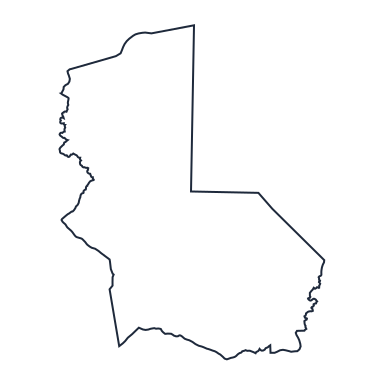 Evinayong, Centro Sur, Equatorial Guinea, rotated 91°
{"feature_id": "11065452B18175278434840", "entity_name": "Evinayong", "entity_type": "district", "adm_level": 2, "iso_a3": "GNQ", "parent_name": "Equatorial Guinea", "parent_adm1": "Centro Sur", "projection": "robinson", "projection_center": [10.451, 1.358], "detail": "fine", "context": "isolated", "style": "outline", "palette": "slate", "viewbox_px": 384, "rotation_deg": 91, "n_neighbors": 0, "source": "geoboundaries", "source_scale": "gbopen_adm2", "svg_char_len": 6022}
<svg xmlns="http://www.w3.org/2000/svg" viewBox="0 0 384 384"><g transform="rotate(91 192 192)"><path d="M257.8,58.6L207.4,111.4L191.7,125.6L191.5,193.0L25.3,192.9L34.1,235.3L33.4,241.6L33.7,244.5L34.4,248.2L35.4,251.3L36.8,253.6L39.8,257.4L42.3,259.9L45.3,262.0L48.3,263.4L51.6,264.6L54.6,265.8L57.5,270.5L70.9,314.3L71.5,316.5L73.4,318.6L75.8,318.0L77.3,317.3L81.0,316.1L83.7,316.5L86.0,317.9L87.4,320.4L89.2,322.1L91.6,322.3L95.6,324.3L95.7,324.7L96.9,323.1L99.3,318.4L100.1,317.2L100.3,317.1L100.9,317.0L104.0,317.6L104.9,317.7L105.8,317.6L107.1,317.2L107.3,317.3L108.3,317.9L109.3,318.2L110.2,318.3L110.5,318.2L111.1,317.9L111.6,317.8L112.5,318.4L113.9,318.8L114.0,319.0L113.7,319.9L113.7,320.4L113.9,320.9L114.3,321.5L114.8,321.7L114.9,322.2L115.0,322.5L115.5,323.0L115.9,323.3L116.3,323.2L116.8,323.1L118.0,322.6L119.1,322.0L120.4,321.6L120.0,322.4L119.9,322.8L119.8,323.2L119.9,323.7L120.2,324.3L120.4,324.6L120.9,324.8L121.6,325.0L122.1,324.9L122.4,324.7L122.8,324.4L123.2,324.7L124.2,325.0L124.6,325.0L124.9,324.9L125.3,324.7L125.6,324.3L125.7,324.0L125.8,323.5L125.7,322.4L125.5,321.4L126.3,321.4L126.5,321.3L127.0,320.8L127.2,320.5L127.2,320.1L127.7,320.4L128.1,320.4L128.8,320.3L129.7,319.9L129.9,319.9L130.5,320.3L131.0,320.5L132.0,320.6L132.7,320.5L133.8,320.3L134.0,321.3L134.2,321.6L135.2,322.7L135.0,323.4L135.0,323.9L135.2,324.4L135.8,325.0L136.2,325.2L136.7,325.4L137.2,325.2L137.9,324.7L138.1,324.5L138.8,323.4L139.9,322.1L140.1,321.8L140.2,321.3L140.2,320.9L140.1,320.4L141.5,319.0L141.8,318.5L142.2,317.6L142.3,317.2L142.7,317.7L143.5,318.7L144.0,319.1L144.3,319.4L144.4,319.9L144.7,320.5L145.1,320.7L145.6,320.9L146.1,320.9L146.7,321.0L147.7,322.2L149.7,324.2L150.7,324.9L151.3,325.2L151.7,325.2L152.5,324.9L154.5,324.6L154.9,324.4L155.4,323.9L155.7,323.2L155.8,322.6L156.1,321.6L156.8,320.4L157.2,320.0L157.6,319.4L157.7,318.9L157.7,318.4L157.6,318.0L157.3,317.6L156.9,317.3L157.5,317.5L158.0,317.5L158.4,317.3L158.7,317.0L158.9,316.7L159.1,316.2L159.0,315.6L158.9,315.4L158.6,315.0L156.7,313.8L156.8,313.1L156.5,312.4L156.0,311.8L155.6,311.4L156.3,310.2L157.3,308.1L157.6,307.7L158.9,306.8L159.2,306.5L159.6,305.8L159.7,305.4L159.7,304.4L160.6,304.6L161.4,304.5L161.8,304.2L162.4,303.5L163.1,304.2L164.0,304.6L165.3,304.5L165.8,304.4L166.4,304.2L166.7,304.0L167.0,303.7L167.7,302.5L168.4,302.2L168.6,302.0L168.9,301.6L169.1,301.3L169.3,300.6L169.1,300.0L169.2,299.7L169.6,298.9L169.7,297.9L169.6,296.8L169.7,296.6L170.0,296.2L170.3,296.4L170.7,296.5L171.0,296.5L171.6,296.3L171.9,296.6L172.2,296.8L172.9,297.1L173.5,297.1L174.3,296.8L174.6,296.5L175.0,296.0L175.2,295.7L175.6,294.6L175.6,294.1L176.1,293.9L176.7,293.8L177.0,293.6L177.4,293.4L178.1,293.2L178.5,293.0L178.9,292.4L179.0,291.8L179.0,291.4L180.0,291.4L180.4,291.3L181.0,290.9L181.3,290.5L181.8,290.6L182.2,292.1L182.9,293.7L183.2,294.1L184.8,295.3L185.8,295.8L186.7,296.5L187.1,296.7L187.7,296.8L187.9,297.4L188.3,297.7L188.9,298.0L189.3,298.1L190.7,298.1L191.4,298.3L191.6,299.0L191.9,299.5L192.9,300.4L193.3,300.5L194.6,300.4L194.9,300.6L195.4,302.1L195.7,302.5L197.1,303.3L198.3,303.5L199.3,303.6L200.6,304.2L202.9,304.8L204.8,305.1L206.7,306.0L207.6,306.8L208.4,307.7L208.8,307.9L209.8,308.2L211.0,308.9L212.1,309.6L213.2,310.6L213.6,311.1L213.6,311.7L213.8,312.2L215.6,314.5L216.4,315.9L218.1,317.9L221.2,321.4L222.0,321.9L222.4,321.9L224.0,320.9L225.0,319.9L225.8,318.9L226.7,317.9L228.8,316.6L229.7,315.9L232.8,312.2L234.1,311.0L237.3,308.6L238.5,307.5L239.1,306.5L239.2,306.2L239.9,303.7L240.2,302.5L240.6,301.4L241.3,300.5L244.0,297.8L245.5,296.7L246.6,295.7L248.3,293.4L249.5,291.3L250.4,287.9L252.6,284.4L254.8,281.7L260.9,273.2L263.0,272.8L270.5,271.8L275.1,269.9L275.9,268.9L278.5,269.9L283.5,269.9L287.0,269.8L290.7,272.7L347.4,262.1L344.5,258.5L342.2,256.2L338.8,253.6L335.2,249.4L328.6,242.8L330.3,238.7L330.7,236.2L330.7,235.9L330.3,233.3L329.5,231.1L329.1,229.1L328.8,227.3L329.3,225.7L329.3,225.3L329.1,223.7L329.1,222.9L329.4,221.2L329.6,220.7L331.2,219.9L332.6,218.6L334.2,216.6L334.3,216.3L334.0,213.7L334.1,210.4L335.0,208.8L335.9,207.6L336.6,205.4L336.5,203.6L335.8,202.6L335.5,201.7L335.7,200.9L336.4,199.7L338.8,196.8L339.6,194.7L340.3,192.1L341.9,188.9L344.0,185.9L345.6,182.6L346.3,179.7L347.0,177.7L348.4,174.4L348.7,173.0L349.4,170.8L350.2,168.6L350.8,166.5L351.7,164.7L353.2,162.5L354.0,160.9L356.4,158.1L358.0,156.5L358.7,154.2L358.0,152.3L357.2,150.3L356.8,148.4L356.2,146.5L355.2,145.0L353.5,143.4L352.2,141.6L351.9,140.4L351.3,139.6L350.4,139.0L349.7,136.6L349.2,135.7L349.8,134.1L349.7,131.4L351.1,127.6L352.1,125.6L351.0,125.1L350.5,124.2L349.9,123.1L349.7,122.9L348.9,122.3L347.9,121.8L347.7,121.7L348.4,121.1L348.9,120.5L349.3,119.8L349.4,119.4L349.3,118.3L349.1,117.8L348.4,116.6L348.0,116.3L347.1,115.8L346.8,115.5L346.4,114.5L346.0,113.6L345.8,113.3L344.9,112.5L343.9,111.1L351.4,110.7L351.3,106.5L350.3,104.2L348.7,101.2L348.2,98.3L348.6,95.7L349.5,91.8L350.0,90.1L349.5,86.6L349.3,83.9L347.4,81.8L344.5,80.7L341.9,81.1L338.3,82.2L335.8,83.4L333.2,85.0L331.0,85.8L329.0,84.6L328.7,77.2L328.1,76.9L327.3,75.9L326.9,75.3L324.9,76.3L323.9,76.1L322.8,76.8L321.7,77.1L319.1,77.4L318.1,76.2L317.5,75.1L316.5,74.9L315.7,76.9L314.3,77.4L313.6,76.3L312.1,75.9L311.4,75.9L310.6,74.9L310.0,74.3L309.5,73.4L309.2,71.9L309.2,70.2L308.7,69.1L307.3,69.4L306.5,69.7L306.2,70.4L305.6,70.6L305.0,70.2L304.4,69.0L303.9,68.5L303.4,68.2L302.7,68.5L302.0,68.4L301.4,67.1L301.2,66.0L299.9,65.7L299.2,65.0L298.6,65.6L297.5,66.3L296.7,67.6L296.6,68.4L297.0,69.3L297.7,70.1L298.4,71.1L298.5,71.9L298.1,72.7L297.2,73.8L296.4,74.1L295.8,72.9L295.7,72.3L294.8,71.8L294.0,72.3L290.8,72.4L288.6,70.7L287.7,69.8L286.6,69.1L285.6,68.6L285.8,68.3L286.4,68.1L286.6,67.3L285.9,66.1L285.0,65.3L285.3,64.3L285.6,63.8L285.5,63.2L284.0,63.1L283.3,63.2L283.0,62.9L281.5,62.2L280.5,62.9L279.9,63.5L279.1,63.3L278.8,62.5L278.4,62.4L277.4,63.4L276.2,63.4L275.0,63.9L274.1,63.2L273.5,61.8L272.6,61.2L269.7,61.3L268.0,61.2L265.3,60.8L264.2,60.5L262.3,59.9L260.1,58.8L257.8,58.6Z" fill="none" stroke="#1e293b" stroke-width="2"/></g></svg>